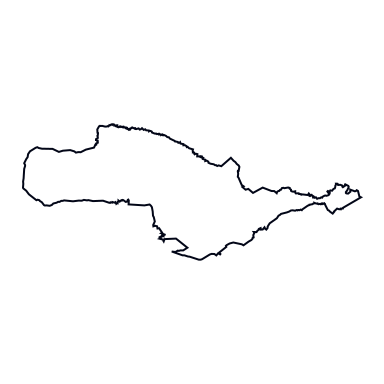 the district of Arbore, Suceava, Romania
{"feature_id": "2599482B94816756597949", "entity_name": "Arbore", "entity_type": "district", "adm_level": 2, "iso_a3": "ROU", "parent_name": "Romania", "parent_adm1": "Suceava", "projection": "robinson", "projection_center": [25.905, 47.743], "detail": "fine", "context": "isolated", "style": "outline", "palette": "ink", "viewbox_px": 384, "rotation_deg": 0, "n_neighbors": 0, "source": "geoboundaries", "source_scale": "gbopen_adm2", "svg_char_len": 6054}
<svg xmlns="http://www.w3.org/2000/svg" viewBox="0 0 384 384"><path d="M233.3,242.5L241.8,244.3L243.5,245.3L248.6,241.6L251.4,240.0L252.5,238.7L252.7,237.7L253.6,237.4L253.3,235.1L254.4,232.8L253.8,232.0L256.5,232.1L257.5,230.6L259.7,229.1L259.3,228.7L260.6,228.1L260.8,229.6L262.7,229.5L264.5,227.3L265.3,228.9L266.3,229.6L267.6,227.9L267.6,226.8L268.1,225.8L269.7,223.3L276.9,218.2L278.5,215.7L280.1,214.8L281.0,213.9L286.9,212.4L289.3,211.5L290.9,210.5L292.6,210.3L295.1,210.7L296.9,210.0L297.6,210.4L298.4,210.0L299.5,210.2L300.7,209.6L301.8,210.2L302.5,209.3L307.7,205.7L309.5,205.0L309.5,204.7L312.5,204.2L313.2,203.6L314.6,203.3L314.5,202.9L316.3,203.6L317.5,203.4L317.6,203.8L318.4,204.2L319.9,203.9L320.6,204.2L320.8,203.9L321.7,204.1L321.9,203.6L322.4,203.9L322.9,203.4L323.4,203.8L324.2,203.4L324.3,203.8L324.9,203.9L325.3,205.1L327.8,210.0L329.2,210.7L329.9,211.6L332.7,213.6L334.2,211.8L334.0,211.5L337.1,208.6L338.9,209.2L340.8,209.3L340.8,208.6L342.9,208.5L343.0,207.8L361.0,197.3L359.4,196.5L358.0,191.0L357.2,190.5L356.7,190.2L355.8,191.1L354.8,191.3L350.2,189.6L350.4,191.7L348.1,193.6L346.4,193.4L345.9,193.0L345.9,192.0L347.2,190.4L348.5,187.6L348.7,186.8L348.3,185.9L345.2,184.3L345.0,184.6L345.2,185.6L342.9,187.2L342.4,186.7L342.7,185.9L342.4,185.6L340.3,184.8L338.1,185.0L337.7,184.6L337.6,183.8L337.2,183.7L336.0,183.7L336.1,184.1L335.3,185.9L335.3,186.8L334.8,188.4L333.5,188.9L332.1,190.7L330.3,190.4L329.5,191.7L327.9,191.0L327.4,191.5L328.8,193.5L329.2,193.1L329.7,193.2L329.2,194.5L328.4,195.2L326.4,195.8L325.3,195.5L324.5,195.7L322.5,196.8L322.2,197.6L321.1,197.4L320.0,198.2L318.5,198.2L317.1,198.8L315.9,197.3L314.6,197.8L314.3,197.7L314.7,197.3L314.4,197.1L313.1,197.5L313.0,197.2L313.4,196.9L313.4,196.2L312.3,195.7L311.6,194.8L310.5,195.1L310.5,195.8L310.0,196.1L309.3,195.8L309.0,195.2L309.3,194.1L308.8,193.5L308.2,194.5L307.5,195.0L302.6,194.4L301.3,194.7L301.0,194.1L299.0,194.0L298.7,193.3L295.8,193.4L295.2,192.5L295.2,191.3L293.2,191.7L291.9,191.4L291.0,190.8L291.0,189.7L289.5,188.5L289.6,187.9L288.2,187.5L284.3,188.2L283.3,187.8L281.9,188.1L281.0,189.7L280.0,189.9L279.3,190.9L278.4,191.0L277.2,191.8L276.7,193.2L274.3,191.1L271.5,191.0L262.7,187.6L253.0,192.9L248.3,188.9L245.6,189.7L242.4,187.0L243.6,186.3L241.7,185.0L238.5,177.6L237.8,176.8L238.2,173.8L237.8,171.5L237.9,170.9L238.6,171.0L239.4,166.9L238.7,165.5L236.7,163.9L235.4,162.1L233.6,160.8L230.9,157.8L221.3,166.2L218.7,165.4L217.2,166.0L216.2,165.2L215.1,165.2L213.8,164.3L210.5,163.7L208.5,162.8L208.3,161.6L206.6,160.6L205.3,161.0L205.4,160.0L205.2,159.7L202.8,159.0L202.9,158.4L202.2,157.9L202.7,157.6L201.6,157.1L202.0,156.7L201.9,156.4L200.4,156.2L200.1,156.9L199.2,156.4L197.2,156.4L197.4,154.1L195.7,153.7L194.6,154.3L194.3,153.9L194.1,152.6L192.9,152.5L193.0,151.6L192.6,150.9L193.0,149.4L189.0,148.2L187.6,146.8L186.8,147.1L186.3,146.0L184.9,145.2L183.4,145.3L183.4,144.1L180.6,143.6L180.1,142.2L179.6,142.7L178.3,142.8L178.0,142.1L177.2,141.8L174.9,141.4L174.7,140.9L169.9,138.6L168.9,137.3L167.3,137.1L166.0,135.9L164.3,135.1L163.6,134.9L163.3,135.3L162.6,135.2L162.3,134.5L161.1,135.0L161.1,134.5L160.8,134.4L159.3,134.5L159.4,134.0L159.1,133.7L156.9,134.1L156.0,133.5L155.2,133.7L153.7,133.2L152.0,132.5L151.8,131.6L150.7,131.0L149.4,130.8L149.0,131.2L148.8,130.5L146.1,130.3L145.2,129.3L143.7,129.9L142.0,128.2L140.9,129.2L139.7,129.6L138.6,128.4L136.2,129.1L135.2,129.0L134.9,128.8L135.4,128.4L135.2,128.1L133.7,128.2L132.2,127.4L131.6,127.7L131.5,128.2L130.3,128.5L130.1,129.6L129.0,129.9L128.6,129.0L127.9,129.2L126.5,128.6L127.2,128.1L127.1,127.8L125.9,127.4L125.4,127.7L124.4,127.2L123.4,127.5L123.0,127.4L123.1,126.7L121.1,127.0L120.9,126.5L120.1,126.3L119.7,126.5L119.8,126.9L118.4,127.3L117.0,126.7L116.8,126.2L117.4,126.1L117.3,125.6L116.1,125.5L115.6,126.1L115.1,125.8L115.6,125.4L114.2,125.5L114.2,124.8L113.9,124.4L113.2,124.3L112.4,124.8L112.2,124.3L111.3,124.4L110.1,125.3L109.4,125.1L109.3,125.5L108.4,126.4L107.8,126.1L107.0,126.5L105.1,126.6L102.3,125.9L100.5,126.0L100.0,125.8L99.1,126.3L97.3,129.4L97.5,132.8L98.0,133.0L98.0,133.5L97.7,135.8L97.4,136.0L97.8,137.1L97.8,138.0L96.0,139.2L96.0,140.0L96.5,140.0L97.1,140.9L97.7,140.8L97.8,142.7L96.3,143.3L95.8,144.0L96.2,144.1L96.3,144.6L95.0,145.5L94.0,147.6L85.9,149.6L80.7,152.2L78.3,152.1L75.9,152.6L74.4,151.4L70.2,150.1L62.9,150.7L58.9,151.9L52.6,148.9L41.9,148.7L38.7,148.0L37.3,147.2L35.6,147.8L30.0,151.3L28.1,154.1L27.6,157.2L26.3,159.0L24.2,163.2L25.1,165.0L25.1,166.0L24.2,168.8L23.6,178.5L23.1,181.6L23.3,183.9L23.0,187.6L23.3,188.4L26.2,190.7L28.9,194.3L36.4,200.2L37.6,199.7L39.3,200.2L40.0,201.1L41.8,202.2L44.0,205.1L44.8,205.5L46.7,205.4L49.7,205.8L51.8,205.0L53.3,203.5L56.6,202.7L58.2,201.8L59.5,201.9L61.2,200.9L62.6,200.9L64.1,200.4L73.0,201.3L78.7,200.6L81.8,200.7L83.9,199.9L87.1,200.4L88.2,200.1L93.0,201.1L103.0,200.7L109.3,202.8L110.3,202.8L110.5,202.3L112.2,202.6L112.4,202.0L114.4,202.6L115.4,202.1L115.6,203.0L116.1,203.2L116.3,203.8L117.1,203.1L117.6,203.3L117.8,201.8L118.5,201.2L118.5,200.6L119.7,201.6L120.5,200.8L121.8,200.6L121.7,200.1L122.4,199.9L123.3,200.1L125.7,201.9L127.1,201.6L127.5,200.7L128.4,200.2L128.1,199.7L128.3,199.6L128.8,200.5L128.6,204.4L144.4,205.4L149.6,204.5L151.0,205.8L151.9,207.2L152.7,211.5L153.0,215.7L153.8,217.2L154.8,221.5L153.2,225.0L153.3,225.7L153.6,225.4L154.3,225.7L154.2,226.1L155.2,225.8L157.1,226.3L157.5,228.5L159.1,228.2L162.2,232.8L161.3,233.3L164.7,234.6L164.6,234.9L163.9,234.9L163.2,235.4L163.4,236.2L162.7,236.0L162.1,235.1L161.6,236.0L162.0,236.3L161.9,236.6L161.3,236.9L160.8,236.6L159.5,237.2L159.5,237.8L160.6,238.5L159.9,238.8L163.0,239.6L163.7,240.4L163.4,240.9L163.7,241.4L164.5,239.1L176.0,238.6L187.4,247.7L183.2,250.4L180.3,250.4L178.9,250.9L177.8,250.6L175.5,252.0L171.7,251.5L182.5,255.3L184.3,255.3L188.0,256.5L189.7,256.7L198.9,259.7L200.6,259.7L202.1,259.2L209.8,254.5L211.5,253.9L214.4,254.0L216.3,255.4L218.1,253.3L220.1,254.4L220.4,254.0L219.1,252.6L226.3,246.9L225.9,245.8L226.7,245.1L229.6,243.5L233.3,242.5Z" fill="none" stroke="#020617" stroke-width="2"/></svg>